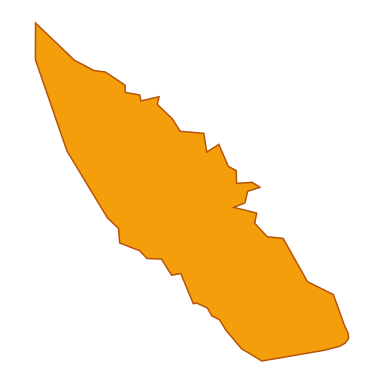 the district of Pasquotank, North Carolina, United States of America
{"feature_id": "52423323B46156622998042", "entity_name": "Pasquotank", "entity_type": "district", "adm_level": 2, "iso_a3": "USA", "parent_name": "United States of America", "parent_adm1": "North Carolina", "projection": "robinson", "projection_center": [-76.265, 36.317], "detail": "fine", "context": "isolated", "style": "filled", "palette": "amber", "viewbox_px": 384, "rotation_deg": 0, "n_neighbors": 0, "source": "geoboundaries", "source_scale": "gbopen_adm2", "svg_char_len": 776}
<svg xmlns="http://www.w3.org/2000/svg" viewBox="0 0 384 384"><path d="M62.7,138.7L67.1,151.3L107.4,217.8L118.5,228.4L119.7,243.0L139.6,250.7L147.0,258.5L161.5,259.1L171.6,275.2L180.8,273.6L193.3,303.7L196.7,303.1L207.3,307.9L211.8,315.8L219.7,320.0L226.1,330.4L241.5,348.7L261.8,361.0L324.5,350.2L339.6,346.3L345.0,343.2L348.6,338.4L348.1,333.3L344.1,324.5L333.4,294.6L307.5,281.7L283.1,238.4L267.2,236.7L254.7,223.2L256.7,213.1L233.8,207.4L245.0,202.8L247.7,191.3L259.9,187.3L252.1,182.3L236.6,183.4L236.2,170.6L228.3,166.4L218.8,144.4L206.8,152.1L203.8,133.3L180.2,131.3L172.4,118.9L157.3,104.4L159.1,96.7L141.0,100.9L139.7,95.0L125.2,92.4L125.2,85.3L105.4,72.0L93.9,70.5L74.6,60.4L35.5,23.0L35.4,59.7L62.7,138.7Z" fill="#f59e0b" stroke="#b45309" stroke-width="1.5"/></svg>